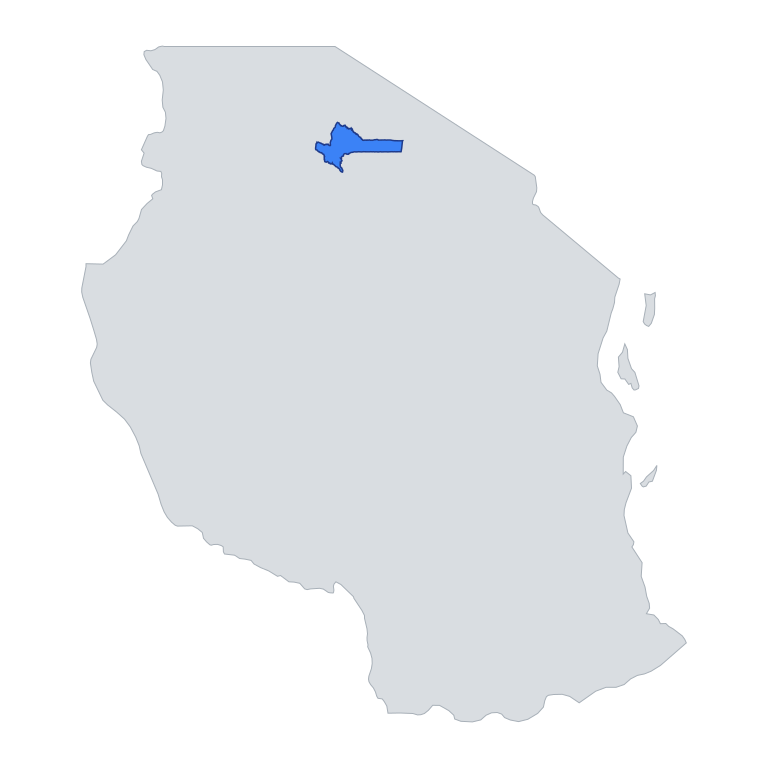 Bariadi, Simiyu, United Republic of Tanzania (highlighted)
{"feature_id": "72390352B92057106188413", "entity_name": "Bariadi", "entity_type": "district", "adm_level": 2, "iso_a3": "TZA", "parent_name": "United Republic of Tanzania", "parent_adm1": "Simiyu", "projection": "natural_earth1", "projection_center": [34.103, -2.601], "detail": "fine", "context": "in_parent", "style": "filled", "palette": "blue", "viewbox_px": 768, "rotation_deg": 0, "n_neighbors": 0, "source": "geoboundaries", "source_scale": "gbopen_adm2", "svg_char_len": 8964}
<svg xmlns="http://www.w3.org/2000/svg" viewBox="0 0 768 768"><path d="M277.5,576.3L268.7,570.9L260.6,567.6L254.0,564.0L251.1,560.4L244.9,559.1L239.6,558.5L234.6,555.2L224.5,554.0L223.4,551.8L223.2,546.9L221.4,545.6L217.7,544.4L213.7,544.5L211.3,545.2L209.9,544.8L206.6,541.9L203.5,538.3L202.3,532.5L197.7,528.7L192.3,525.8L177.4,526.1L175.1,525.2L171.6,522.2L167.4,517.4L164.1,511.8L161.1,504.3L158.1,494.1L140.9,453.5L139.2,445.8L135.8,437.3L130.3,426.9L124.5,419.1L116.7,412.1L107.7,405.0L102.9,400.3L93.7,381.2L91.8,372.3L90.4,363.0L90.9,359.3L96.7,347.3L97.2,344.0L96.5,339.4L93.7,329.9L90.1,318.4L82.8,297.3L81.7,292.0L81.8,288.1L86.0,266.7L86.0,263.7L103.1,264.1L115.6,254.8L126.4,240.8L128.6,235.0L133.0,226.0L137.4,221.5L139.0,218.4L141.5,209.5L147.2,203.4L152.8,198.8L151.6,195.5L152.4,194.3L155.5,191.9L161.4,189.7L162.5,185.0L162.5,179.7L161.5,176.8L161.7,173.3L160.8,171.4L157.0,171.0L151.2,168.3L146.4,167.2L143.1,165.7L141.9,164.5L141.4,161.3L144.1,153.1L141.4,149.8L147.4,136.3L148.5,134.6L150.6,134.4L154.1,132.9L157.2,132.3L159.8,132.8L161.7,132.2L163.4,130.7L164.9,126.1L166.0,118.4L165.4,112.2L162.9,107.3L162.2,100.0L163.3,90.1L162.5,81.9L159.8,75.3L157.0,71.4L152.7,69.5L145.9,59.5L143.9,54.7L144.2,51.6L146.6,50.3L150.9,50.8L154.9,49.6L158.7,46.9L162.3,46.1L164.3,46.5L335.0,46.5L534.4,175.3L535.3,176.8L536.8,187.9L536.5,191.7L533.4,198.1L532.5,201.4L532.5,203.7L533.2,204.6L535.8,205.0L538.1,206.5L538.9,207.7L540.6,212.5L542.7,214.9L618.4,278.1L620.1,279.0L619.1,284.3L614.8,297.2L614.5,302.5L612.8,308.8L611.2,313.0L606.8,331.1L603.1,337.9L598.1,353.7L597.3,365.9L600.0,374.3L601.0,382.3L606.8,390.1L611.5,392.9L614.6,396.5L620.2,404.6L623.4,412.8L633.4,416.8L637.4,426.0L635.9,432.3L631.3,437.5L626.9,446.0L623.3,457.1L623.2,474.1L625.6,471.5L630.9,475.7L631.5,488.2L626.0,502.8L624.3,509.6L624.0,515.5L627.9,533.0L633.9,541.8L633.4,544.6L631.9,547.0L642.1,562.7L641.2,576.4L645.0,587.0L646.7,596.3L649.2,603.4L649.6,608.2L646.4,613.7L653.9,615.0L658.3,619.5L660.4,623.7L665.8,623.5L668.7,626.4L673.0,628.8L682.3,635.9L684.8,639.5L686.3,642.9L660.5,665.4L651.1,671.2L644.5,673.9L637.4,675.4L630.6,678.9L624.2,684.5L616.1,687.3L606.1,687.3L595.7,691.2L579.2,702.8L569.7,696.4L562.2,694.3L553.6,694.5L548.3,695.3L546.4,696.7L544.8,700.6L543.4,707.1L537.7,713.4L527.8,719.3L518.6,721.6L510.3,720.0L504.6,717.6L501.7,714.1L497.3,712.5L491.6,712.8L486.1,715.2L480.8,719.9L472.4,721.9L460.9,721.3L454.7,719.0L453.8,715.2L448.8,710.6L439.6,705.4L432.7,705.3L428.4,710.3L424.4,713.5L420.8,714.7L417.5,714.9L412.9,713.5L400.1,713.0L388.0,713.2L386.8,706.0L384.3,701.6L382.2,698.9L378.0,698.3L376.8,696.3L375.4,691.8L373.4,687.9L370.7,684.7L369.0,681.8L368.5,679.1L368.9,676.1L371.4,668.7L372.2,663.6L372.0,658.4L370.6,653.1L367.7,646.8L368.0,644.9L367.1,640.6L367.0,637.6L367.5,633.8L367.0,628.8L364.5,618.2L364.5,615.5L361.9,610.4L353.9,598.3L353.5,596.7L340.9,584.5L335.9,581.8L334.0,584.1L333.4,586.2L333.9,590.1L333.6,592.1L333.1,593.0L330.1,592.8L328.2,592.4L323.4,589.1L319.7,588.3L310.5,588.9L307.2,589.6L304.7,588.9L299.8,583.3L294.1,582.1L288.9,581.8L280.5,575.5L277.5,576.3ZM634.9,372.4L639.0,385.9L638.5,388.4L635.5,389.9L634.0,390.0L632.2,387.9L630.9,383.4L628.7,384.4L624.9,379.0L621.1,378.8L617.8,372.3L619.1,366.7L618.4,357.1L622.5,352.2L624.8,343.9L627.4,349.6L627.9,358.4L631.5,368.7L634.9,372.4ZM655.1,292.5L655.4,295.7L654.6,298.7L654.7,308.2L654.4,314.5L651.3,323.3L648.7,326.4L646.5,325.5L644.6,324.0L643.2,321.6L646.2,305.6L644.7,293.8L650.5,294.9L655.1,292.5ZM646.2,486.1L643.3,486.9L642.1,486.1L640.3,483.5L643.5,481.2L646.5,476.9L653.6,470.5L656.9,465.4L656.4,470.4L652.4,481.2L648.9,482.0L646.2,486.1Z" fill="#d9dde1" stroke="#a8b0b8" stroke-width="1"/><path d="M402.4,140.7L402.4,140.8L398.2,140.8L395.8,140.7L394.7,140.7L392.3,140.4L390.9,140.1L390.0,140.0L387.5,140.0L386.5,140.1L384.6,139.9L384.2,140.0L382.6,140.0L378.3,140.1L377.8,139.6L377.2,139.5L376.5,139.5L375.7,139.7L374.7,139.7L373.3,140.1L372.9,140.1L372.3,140.3L371.8,140.3L371.0,140.1L370.5,140.3L369.5,140.0L369.2,139.9L368.6,140.1L368.1,140.2L367.9,140.1L367.7,140.0L366.9,140.3L366.3,140.2L366.1,140.0L365.9,140.1L365.6,140.1L365.2,140.2L364.7,140.1L364.4,140.1L364.2,140.1L364.0,140.3L363.7,140.3L363.5,140.2L363.3,140.3L362.7,140.2L362.4,139.7L362.1,139.5L361.9,139.1L361.7,139.1L361.7,138.9L361.5,138.7L361.4,138.7L361.1,138.5L360.9,138.1L360.7,137.9L360.7,137.5L360.7,137.4L360.4,137.3L360.2,137.3L359.9,137.1L359.6,137.0L359.5,136.9L358.9,136.5L357.9,134.9L357.9,134.7L357.6,134.5L357.5,134.4L357.2,134.4L357.0,134.0L356.9,134.0L356.7,134.1L356.7,133.9L356.4,133.8L356.3,134.0L356.2,133.9L355.7,133.9L355.6,133.7L355.7,133.4L355.6,133.2L355.4,133.0L355.2,132.9L355.2,133.1L354.9,132.9L354.2,132.6L353.8,132.4L353.7,132.1L353.6,131.9L353.4,132.0L353.2,131.8L353.1,131.5L352.9,131.1L352.8,130.5L352.5,130.4L352.6,130.2L352.5,129.9L352.3,129.6L352.1,129.7L352.3,129.1L352.0,128.8L351.8,128.8L351.7,128.6L351.4,128.8L351.2,128.6L351.2,128.4L350.7,128.5L350.7,128.4L350.5,128.6L350.5,128.8L350.1,128.9L349.9,128.9L349.6,128.6L349.3,128.5L349.0,128.5L348.8,128.7L348.6,128.7L348.1,128.3L348.0,128.2L348.0,128.3L347.9,128.2L347.7,128.1L347.6,127.9L347.5,128.0L347.5,127.8L347.4,127.8L346.9,127.8L346.6,127.3L346.7,127.1L346.3,126.9L346.2,126.9L346.0,126.7L345.9,126.7L345.8,126.8L345.6,126.5L345.6,126.3L345.7,126.2L345.4,125.9L345.3,125.6L345.2,125.6L345.0,125.4L344.7,125.5L344.7,125.4L344.5,125.5L344.3,125.4L344.0,125.6L343.9,125.7L343.9,125.8L343.6,126.0L343.5,125.9L343.4,126.1L343.0,126.3L342.6,126.3L342.1,126.2L341.9,126.1L341.9,125.9L341.7,125.8L341.6,125.7L341.4,125.8L341.0,125.8L341.0,125.7L340.8,125.7L340.6,125.2L340.4,125.1L340.1,124.8L340.0,124.6L339.7,124.6L339.5,124.3L339.5,124.2L339.1,123.6L339.1,123.4L338.9,123.4L338.7,123.1L338.7,122.9L338.2,122.8L337.5,122.4L336.6,123.3L336.1,124.4L335.5,125.4L335.2,127.2L335.0,127.5L334.0,128.2L333.9,128.3L333.1,130.3L332.7,130.5L332.2,131.6L331.9,132.1L331.7,132.6L331.4,133.1L331.1,133.8L331.6,136.1L331.8,137.5L331.9,138.7L331.9,139.1L331.2,140.0L330.9,140.4L330.8,141.1L330.3,142.3L330.3,143.8L330.5,145.1L330.3,145.5L329.8,145.6L329.6,145.5L329.3,145.4L329.1,145.4L328.9,145.3L328.5,144.6L328.2,144.5L328.2,144.3L327.8,144.3L327.8,144.2L327.7,144.2L327.6,144.4L327.0,144.2L326.9,144.5L326.7,144.5L326.1,144.4L325.8,144.3L325.4,144.5L325.0,144.8L324.9,144.7L324.6,144.9L324.4,144.8L324.3,145.1L324.1,145.2L323.9,145.0L323.9,144.9L323.7,144.5L323.5,144.4L323.3,144.5L323.2,144.3L322.9,144.3L322.8,144.1L321.7,143.7L321.2,143.5L321.1,143.3L321.0,143.2L320.9,143.3L320.4,143.2L320.2,143.0L319.7,142.8L319.2,142.6L318.5,142.2L318.1,142.1L317.7,142.2L317.4,142.4L317.4,142.6L317.2,142.8L317.2,142.5L317.1,142.8L316.9,142.9L316.8,142.7L316.7,143.0L316.1,143.8L316.0,144.3L315.9,146.0L315.6,147.9L315.6,149.1L316.0,149.8L316.3,149.8L316.5,149.9L316.8,149.9L317.3,150.3L317.4,150.6L317.7,150.8L318.0,151.2L318.6,151.7L319.0,151.7L319.1,151.9L319.5,151.9L320.0,152.5L320.5,152.7L320.8,152.7L321.0,152.7L321.7,152.7L321.8,153.1L322.1,153.4L322.4,153.8L322.9,154.1L323.5,154.2L323.7,154.3L323.9,155.0L324.1,155.2L324.3,155.6L324.2,156.3L324.3,156.6L324.5,156.7L324.2,157.2L324.2,157.3L324.3,157.4L324.3,158.4L324.3,158.8L324.2,159.0L324.3,159.1L324.3,159.3L324.5,159.4L324.6,159.6L324.6,159.9L324.5,160.0L324.6,160.9L324.7,161.0L324.8,161.3L324.8,161.6L325.3,161.7L325.9,162.1L326.2,162.2L327.2,161.6L327.4,161.5L327.6,161.7L327.9,161.7L328.2,162.1L328.5,162.7L328.6,163.0L329.7,162.9L329.9,163.5L330.3,163.9L331.3,163.8L331.7,163.9L332.1,163.6L332.3,163.0L332.6,163.6L332.5,163.9L332.6,164.1L333.1,164.2L333.7,164.5L334.6,165.4L334.9,165.5L335.8,166.6L336.5,166.8L337.7,167.4L338.0,167.7L338.2,168.3L338.8,168.4L339.1,168.5L339.3,168.9L339.6,169.2L339.9,169.8L340.0,170.5L340.6,171.0L340.7,171.3L340.9,171.5L341.3,171.6L341.8,172.0L342.5,172.1L342.6,171.8L342.8,170.5L342.8,170.3L342.3,169.4L341.9,168.5L341.9,168.2L340.7,167.1L340.3,166.2L340.2,164.9L340.2,164.4L340.2,164.1L340.3,163.4L340.3,162.9L340.6,163.2L341.0,163.2L341.0,162.3L340.8,161.9L342.0,160.8L341.8,160.4L341.5,160.2L341.4,159.7L341.5,158.8L340.9,158.7L340.6,158.3L340.9,158.3L341.2,158.0L341.5,157.0L341.8,156.9L342.0,156.4L343.4,156.0L343.5,155.5L343.4,155.2L343.5,154.9L343.7,154.5L343.8,154.3L344.3,153.8L344.9,153.6L345.6,153.7L346.1,153.6L346.2,153.8L346.8,154.1L347.0,154.3L347.8,154.2L348.1,154.0L348.4,154.1L348.4,153.8L348.7,153.7L348.8,153.5L349.4,153.5L350.3,152.8L350.9,152.5L351.1,152.5L351.9,152.3L352.7,152.3L354.2,151.8L354.7,151.8L355.5,151.9L357.0,151.9L358.5,151.7L360.2,151.8L361.5,151.9L363.4,151.7L366.6,151.8L368.1,151.8L369.7,151.8L370.4,151.7L372.6,151.8L373.6,151.7L374.6,151.9L375.7,151.8L377.1,151.8L377.9,152.0L380.6,151.7L381.7,151.9L384.0,151.8L385.7,151.8L386.6,151.8L387.8,151.9L389.4,151.8L392.0,151.7L393.2,151.8L394.4,151.7L395.5,151.8L399.9,151.7L400.2,151.8L401.1,151.7L401.7,148.2L402.2,143.4L402.5,141.1L402.7,140.7L402.4,140.7Z" fill="#3b82f6" stroke="#1e3a8a" stroke-width="1.5"/></svg>